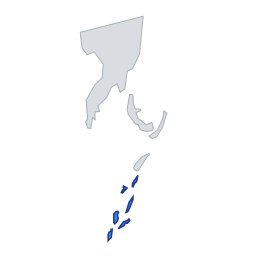 Solomon Islands highlighted among its neighbors, rotated 79°
{"feature_id": "SLB", "entity_name": "Solomon Islands", "entity_type": "country or territory", "adm_level": 0, "iso_a3": "SLB", "parent_name": "Oceania", "parent_adm1": "", "projection": "albers", "projection_center": [159.585, -9.221], "detail": "coarse", "context": "with_neighbors", "style": "filled", "palette": "blue", "viewbox_px": 256, "rotation_deg": 79, "n_neighbors": 1, "source": "natural_earth", "source_scale": "50m", "svg_char_len": 1568}
<svg xmlns="http://www.w3.org/2000/svg" viewBox="0 0 256 256"><g transform="rotate(79 128 128)"><path d="M21.2,91.8L57.6,102.6L70.5,112.2L72.2,118.0L89.0,123.6L91.5,128.8L82.5,130.2L84.9,136.7L93.9,143.0L100.7,153.3L106.3,152.9L106.0,157.3L113.6,158.8L110.8,160.7L121.3,164.7L120.3,167.6L113.8,168.4L111.3,165.9L92.9,163.8L79.3,152.4L73.8,143.9L60.8,140.1L46.7,146.8L48.3,154.1L40.7,157.9L24.9,156.6L21.2,91.8ZM134.0,94.1L141.9,101.3L143.2,106.4L140.1,109.1L135.7,99.5L125.4,92.2L118.0,89.5L120.8,87.0L134.0,94.1ZM125.2,120.1L114.8,125.1L109.5,125.3L95.5,120.0L96.2,116.9L105.2,118.1L110.6,117.2L112.0,112.3L113.4,112.1L114.5,117.3L120.2,116.4L128.4,109.3L127.1,103.4L133.1,103.1L135.2,104.7L135.1,110.2L131.9,116.4L126.7,117.3L125.2,120.1ZM159.5,114.5L172.1,126.3L170.8,129.1L168.0,130.2L163.7,126.4L159.2,120.1L157.0,112.5L158.3,111.6L159.5,114.5Z" fill="#d9dde1" stroke="#a8b0b8" stroke-width="1"/><path d="M209.1,153.4L211.3,155.0L215.0,154.9L217.7,156.6L219.6,159.3L217.9,160.0L209.6,158.3L207.7,155.4L207.9,153.8L209.1,153.4ZM219.0,143.9L221.4,146.8L220.9,148.7L223.0,150.3L225.0,156.8L219.2,150.3L218.6,146.1L217.4,144.4L219.0,143.9ZM210.4,146.0L201.1,141.1L196.3,136.2L199.1,136.8L205.9,141.0L210.0,144.0L210.4,146.0ZM224.3,162.7L232.2,165.3L234.8,169.0L229.0,167.9L226.6,166.4L226.1,164.3L224.2,164.0L224.3,162.7ZM186.7,134.1L186.3,135.0L182.9,134.0L176.4,127.3L182.2,129.7L183.8,132.4L186.7,134.1ZM186.8,140.4L190.8,145.8L190.1,146.9L187.8,145.2L187.5,143.5L184.9,144.1L184.1,143.4L186.8,140.4Z" fill="#3b82f6" stroke="#1e3a8a" stroke-width="1.5"/></g></svg>